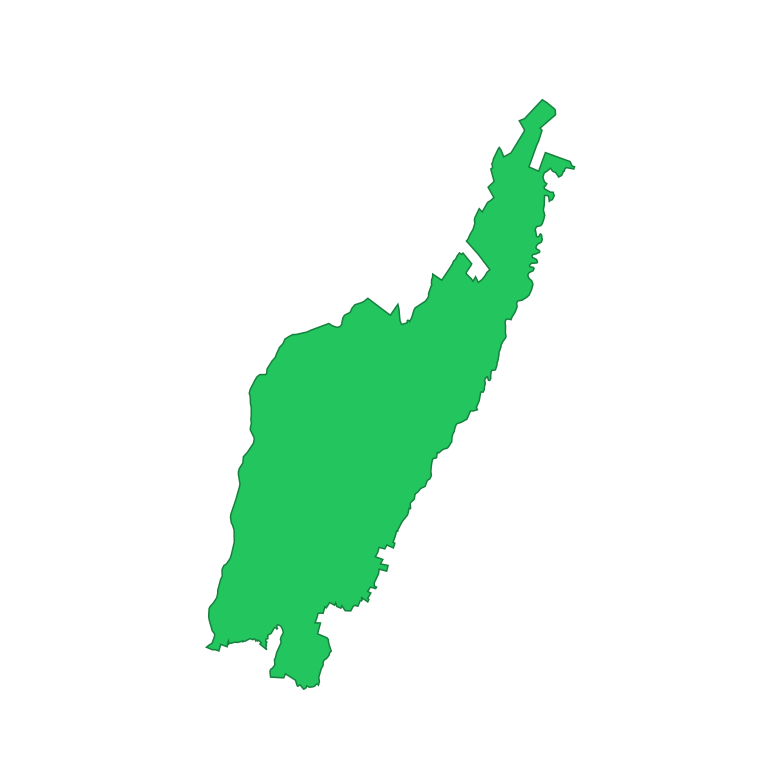 Tuxtla Chico, Chiapas, Mexico, rotated 195°
{"feature_id": "50627088B6965194159018", "entity_name": "Tuxtla Chico", "entity_type": "district", "adm_level": 2, "iso_a3": "MEX", "parent_name": "Mexico", "parent_adm1": "Chiapas", "projection": "equal_earth", "projection_center": [-92.217, 14.877], "detail": "fine", "context": "isolated", "style": "filled", "palette": "green", "viewbox_px": 768, "rotation_deg": 195, "n_neighbors": 0, "source": "geoboundaries", "source_scale": "gbopen_adm2", "svg_char_len": 6115}
<svg xmlns="http://www.w3.org/2000/svg" viewBox="0 0 768 768"><g transform="rotate(195 384 384)"><path d="M487.4,83.8L480.8,82.9L478.2,83.7L474.4,83.4L474.3,90.2L467.5,89.6L467.9,91.7L467.2,92.4L467.9,94.1L467.7,95.5L466.6,92.7L466.1,93.7L464.6,94.0L461.1,96.1L458.6,96.4L454.0,99.1L453.8,98.5L451.2,100.0L447.5,103.4L444.8,103.0L443.0,104.4L441.3,102.6L440.8,103.6L439.5,103.1L439.3,104.1L435.6,102.4L436.6,100.7L429.0,97.2L428.8,97.6L430.0,98.9L429.9,101.4L430.7,101.7L430.9,102.4L430.3,104.0L430.5,104.5L431.4,104.4L431.8,105.8L431.9,107.3L430.3,107.9L431.2,111.3L428.5,113.9L427.0,119.4L426.5,120.4L425.5,120.7L424.1,119.6L423.6,120.2L424.8,121.7L424.8,123.7L423.8,124.0L421.4,123.5L420.1,122.6L418.0,120.0L416.9,117.4L417.9,113.3L418.0,111.4L417.9,110.4L416.7,108.5L416.6,106.6L418.2,96.9L418.0,91.5L418.5,89.6L416.7,84.4L418.4,80.4L419.3,79.5L419.8,78.3L419.7,76.6L417.7,71.5L404.8,74.2L404.2,78.5L392.9,75.0L389.7,70.0L388.9,69.8L387.7,71.3L386.8,71.4L382.7,68.4L381.9,68.9L380.6,70.5L380.6,72.3L377.5,71.8L374.3,73.1L372.9,74.1L371.5,76.7L370.4,76.8L369.4,76.2L369.3,79.7L371.1,83.8L370.9,92.8L370.0,96.2L370.8,100.1L370.2,102.1L368.7,103.6L367.8,105.3L366.8,108.1L367.0,110.3L365.8,112.3L369.8,118.3L371.8,122.9L373.5,124.1L383.5,125.5L383.5,136.7L388.8,135.5L388.3,140.6L388.3,145.4L386.1,146.3L383.5,146.7L383.4,153.5L381.8,152.9L379.9,158.9L374.5,157.5L374.1,160.0L372.0,156.9L367.6,156.3L367.2,158.9L362.9,155.0L357.4,156.2L356.2,161.2L355.0,162.6L351.7,162.6L350.8,168.8L349.5,168.8L349.2,169.9L350.2,171.7L351.0,172.2L343.3,169.3L342.8,171.9L344.3,172.8L342.6,178.7L346.1,179.4L344.5,184.3L339.1,184.2L338.6,185.9L340.8,186.1L342.0,189.4L340.1,199.1L340.8,203.9L333.0,203.9L333.1,209.8L340.9,209.3L339.7,214.2L347.7,214.9L346.4,220.0L346.5,224.9L340.6,224.9L339.6,229.2L332.5,228.1L332.3,233.0L334.3,233.5L333.8,238.5L333.7,245.3L332.7,245.3L332.8,247.1L330.8,255.9L327.6,263.0L327.3,264.9L327.6,270.5L326.4,270.3L326.1,270.7L327.7,275.2L327.6,276.3L324.9,280.6L325.4,284.6L325.3,286.0L323.3,288.5L321.5,292.6L317.8,295.7L317.3,301.2L316.7,302.7L315.2,304.2L314.7,306.5L314.6,308.1L316.1,311.6L317.0,316.6L317.5,320.7L317.5,323.6L317.1,324.8L314.2,326.3L314.8,331.5L313.3,331.6L310.6,335.4L309.2,336.8L306.8,338.0L306.0,338.8L305.0,341.2L304.3,344.2L303.6,345.4L304.5,350.0L304.6,352.9L303.9,356.4L304.1,359.9L303.7,363.8L302.6,365.0L299.7,366.8L294.8,371.5L293.5,380.4L290.9,381.0L287.1,383.3L288.7,385.2L287.7,392.6L288.4,400.6L288.0,401.6L286.2,401.7L285.7,404.4L286.2,407.1L286.3,410.2L286.6,411.7L287.7,413.2L287.6,415.2L286.5,417.7L285.8,417.5L284.1,414.7L283.2,414.6L282.6,415.2L282.3,416.9L283.2,419.9L283.7,423.9L283.2,425.2L280.3,426.2L280.0,426.9L279.8,431.2L280.3,434.6L280.0,435.3L280.6,442.6L281.1,444.2L280.6,450.0L281.0,451.7L280.3,455.3L278.4,460.5L278.5,461.7L280.0,464.9L281.7,471.8L283.1,475.1L282.9,477.2L282.7,478.0L281.2,478.9L277.9,479.0L277.7,481.6L275.9,487.7L275.4,492.8L275.7,494.1L276.8,496.0L276.5,498.3L275.8,499.1L272.4,500.6L268.7,504.6L266.9,507.3L265.9,513.1L265.9,518.5L266.6,520.1L268.2,522.0L271.6,523.8L273.3,526.5L272.8,529.0L269.2,532.1L269.0,534.6L269.8,535.2L273.2,535.1L274.1,535.8L273.7,537.4L272.8,538.7L267.7,540.5L267.3,541.2L267.8,542.5L269.1,543.8L273.4,544.7L274.1,546.0L274.0,547.1L273.4,547.7L270.7,549.1L267.8,551.5L268.0,552.7L268.7,553.2L271.4,553.9L272.4,554.8L272.6,556.4L271.9,558.7L268.7,561.8L268.5,564.3L270.5,568.9L271.3,569.3L271.9,569.4L272.3,567.4L273.0,566.2L274.0,565.8L275.0,566.3L277.1,571.0L277.6,570.9L277.9,573.3L277.1,575.7L273.6,577.5L272.6,579.8L272.3,584.6L272.4,588.5L275.1,593.4L275.5,598.1L277.7,607.6L275.4,608.3L274.0,608.1L273.0,606.7L271.6,603.2L270.7,604.7L269.6,605.1L269.0,606.0L268.3,610.0L270.3,613.0L272.8,612.4L279.4,614.0L280.1,615.3L280.2,616.5L279.3,617.1L278.6,619.6L281.3,620.7L284.0,624.7L283.9,629.3L281.2,632.3L279.1,635.5L276.2,633.2L272.8,632.6L268.8,629.1L266.4,631.5L265.7,635.9L264.9,636.3L265.1,638.2L264.0,640.2L256.3,640.8L256.2,643.2L258.7,643.2L261.8,647.0L288.0,649.3L289.7,629.6L300.2,631.2L298.3,654.3L297.5,658.8L297.0,669.9L299.5,671.5L288.1,688.3L288.1,688.9L289.4,692.7L290.1,693.6L299.3,697.8L304.7,699.6L317.0,676.6L321.5,673.3L314.4,666.2L313.9,664.6L321.1,640.1L327.1,634.4L331.4,640.2L333.9,642.3L334.4,641.1L336.6,629.7L336.3,626.4L336.9,624.8L335.0,621.0L336.5,619.3L330.1,608.2L334.4,601.0L326.1,592.5L328.3,589.1L330.9,586.2L333.7,575.6L337.4,578.0L339.2,568.5L339.2,566.1L337.8,562.7L338.0,556.5L339.6,550.7L340.4,545.4L341.4,543.4L326.7,533.8L311.3,521.8L313.4,518.6L314.6,514.2L316.4,510.2L319.2,506.5L323.3,511.3L324.6,506.3L327.0,508.3L333.3,511.9L333.2,513.7L330.6,521.3L330.4,522.8L341.6,530.9L342.5,529.3L345.1,530.1L346.4,526.8L347.2,522.8L348.6,520.9L349.0,517.7L349.9,514.5L355.1,499.2L365.4,502.8L364.6,499.1L365.0,498.0L364.9,496.7L364.3,493.7L363.5,491.9L363.9,490.2L364.3,484.0L364.3,482.2L363.7,481.0L363.8,478.9L365.4,474.8L373.6,465.6L374.2,463.1L374.4,455.6L375.4,450.9L376.6,451.8L377.5,451.8L377.9,451.2L377.6,449.0L382.0,446.2L383.3,447.1L384.9,449.2L388.9,460.1L391.2,464.6L395.7,452.0L421.8,462.6L424.6,458.8L426.6,456.9L432.6,453.0L434.5,449.0L435.3,444.4L439.2,441.0L440.2,439.6L440.8,436.9L440.4,430.1L441.2,428.3L443.9,426.5L449.1,426.9L452.9,428.2L468.6,417.0L471.8,414.3L481.5,409.2L484.9,408.1L488.2,405.2L491.3,401.6L492.0,396.9L494.4,392.3L495.6,385.4L495.9,381.6L498.0,377.5L500.7,368.8L500.7,367.0L500.1,364.5L500.3,363.3L500.9,362.5L506.3,361.0L508.5,358.1L509.5,355.0L511.8,344.3L511.8,340.2L510.0,337.3L507.8,330.1L506.3,327.5L503.8,318.2L503.6,315.9L501.8,311.2L501.8,307.5L501.2,305.0L495.5,298.5L495.0,296.6L494.8,292.9L498.3,282.6L501.0,277.4L499.9,271.3L501.9,264.7L501.9,261.6L501.3,259.1L497.3,250.3L497.0,247.6L497.2,233.7L498.2,218.6L497.8,215.6L495.5,210.3L493.9,208.7L491.0,204.1L487.7,192.5L487.3,180.6L487.4,175.9L489.6,169.5L491.7,167.1L492.3,163.8L492.3,162.3L490.5,156.3L491.2,153.1L491.2,141.6L490.5,138.9L490.2,134.5L492.1,128.5L494.4,124.1L494.8,121.8L493.2,114.1L491.6,110.5L486.1,101.3L482.8,98.6L482.4,96.4L482.9,89.8L483.7,88.2L485.2,86.8L487.4,83.8Z" fill="#22c55e" stroke="#15803d" stroke-width="1.5"/></g></svg>